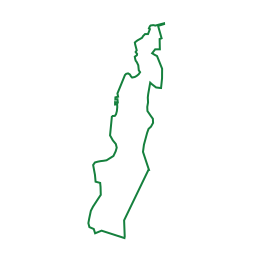 Seo-gu [West District], Busan, South Korea (Robinson projection), rotated 190°
{"feature_id": "91817680B65504384218086", "entity_name": "Seo-gu [West District]", "entity_type": "district", "adm_level": 2, "iso_a3": "KOR", "parent_name": "South Korea", "parent_adm1": "Busan", "projection": "robinson", "projection_center": [129.018, 35.1], "detail": "fine", "context": "isolated", "style": "outline", "palette": "green", "viewbox_px": 256, "rotation_deg": 190, "n_neighbors": 0, "source": "geoboundaries", "source_scale": "gbopen_adm2", "svg_char_len": 1531}
<svg xmlns="http://www.w3.org/2000/svg" viewBox="0 0 256 256"><g transform="rotate(190 128 128)"><path d="M102.4,173.1L103.1,182.9L104.7,192.3L111.9,203.9L114.5,204.7L117.2,205.8L114.9,210.2L110.3,211.0L112.3,221.1L110.5,222.2L116.1,233.8L110.5,236.6L110.7,237.4L118.9,233.6L120.3,233.7L121.0,233.7L123.5,232.9L124.1,232.0L124.7,229.7L123.6,229.2L124.6,224.0L127.5,223.5L129.1,221.2L129.8,219.3L131.7,217.7L133.9,215.9L135.1,214.6L136.1,213.4L135.5,211.7L132.9,206.0L133.7,204.2L131.9,202.5L131.9,201.2L133.7,199.4L132.9,197.2L132.1,195.6L130.8,194.4L128.8,191.6L127.4,186.7L126.8,186.1L125.8,185.1L126.8,182.8L128.5,180.8L130.2,179.4L132.7,178.4L134.1,179.4L135.4,181.0L137.4,181.8L139.2,181.0L140.2,179.6L144.4,160.2L143.2,157.1L145.7,156.0L145.4,153.8L143.4,154.5L142.5,151.5L145.2,151.2L144.8,148.9L142.8,149.5L142.2,146.7L141.9,142.8L142.2,139.4L143.1,137.6L146.0,137.0L145.9,137.0L144.4,117.6L140.8,113.2L137.2,110.1L135.7,106.7L136.1,102.9L137.5,97.9L143.5,92.5L146.6,91.4L149.0,90.7L151.9,89.6L154.6,88.3L155.9,85.5L152.4,76.1L150.6,69.5L145.9,69.1L144.8,65.2L143.2,57.4L143.8,56.1L145.3,52.7L148.8,44.5L150.2,40.0L150.5,31.8L150.5,27.4L148.8,23.7L144.2,22.6L142.1,18.6L136.2,22.3L112.4,19.0L112.4,20.6L115.8,36.4L100.6,90.3L100.1,90.4L109.1,107.1L109.4,114.3L108.3,126.7L107.6,130.7L105.6,133.3L104.2,137.4L105.1,141.4L107.6,143.8L111.8,148.1L112.7,152.1L112.7,156.7L113.8,161.5L114.0,165.0L114.0,171.5L114.0,176.5L112.3,175.4L107.4,172.8L103.4,173.0L102.4,173.1Z" fill="none" stroke="#15803d" stroke-width="2"/></g></svg>